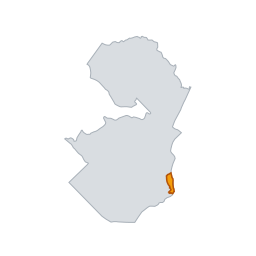 location of Sinazongwe, Southern, Zambia, rotated 316°
{"feature_id": "96606910B20600796740117", "entity_name": "Sinazongwe", "entity_type": "district", "adm_level": 2, "iso_a3": "ZMB", "parent_name": "Zambia", "parent_adm1": "Southern", "projection": "natural_earth1", "projection_center": [27.144, -17.456], "detail": "fine", "context": "in_parent", "style": "filled", "palette": "amber", "viewbox_px": 256, "rotation_deg": 316, "n_neighbors": 0, "source": "geoboundaries", "source_scale": "gbopen_adm2", "svg_char_len": 5431}
<svg xmlns="http://www.w3.org/2000/svg" viewBox="0 0 256 256"><g transform="rotate(316 128 128)"><path d="M163.1,168.5L154.0,168.5L150.6,169.3L147.9,170.6L144.7,172.6L142.8,174.0L142.3,174.8L142.0,176.5L142.0,179.1L141.7,181.0L140.7,182.7L135.7,184.8L132.5,186.6L129.4,188.6L127.0,191.2L125.3,194.5L122.6,198.5L116.9,205.7L113.6,207.0L110.9,206.7L107.5,205.2L104.9,204.9L103.0,205.8L101.1,205.6L99.5,204.0L98.1,203.5L97.0,203.9L95.5,203.8L92.9,203.0L90.6,200.5L89.4,199.4L88.4,199.0L85.7,198.6L79.5,198.0L73.0,199.3L67.3,200.6L61.5,194.9L55.8,188.8L54.6,187.3L52.5,185.3L51.0,184.3L50.4,183.8L48.9,178.4L48.0,173.5L47.7,126.1L73.3,126.1L74.9,125.9L75.0,125.4L73.8,122.8L73.9,121.9L74.2,120.2L75.3,116.8L75.4,115.6L74.8,111.9L74.9,109.8L75.2,105.6L75.0,104.2L75.6,102.3L75.8,101.0L76.0,100.5L75.7,99.0L75.2,94.0L74.9,91.9L76.4,92.2L76.9,93.3L77.2,94.4L77.9,94.5L79.7,95.1L80.4,96.1L80.8,98.1L80.6,99.1L80.0,99.9L80.6,100.7L81.8,101.2L82.5,101.0L84.5,99.6L86.4,99.1L87.4,98.8L91.7,97.9L92.5,97.4L93.1,97.4L93.5,97.8L93.1,99.2L93.0,100.5L93.5,102.9L93.9,104.0L94.8,104.8L95.4,105.2L96.2,106.1L97.6,105.9L100.9,107.1L101.9,107.7L103.2,108.2L104.2,108.5L107.5,108.9L111.1,109.6L112.9,109.6L114.2,109.5L115.1,109.1L115.7,108.7L115.9,108.4L117.3,103.9L117.9,103.5L118.8,103.3L119.3,103.7L119.9,106.5L122.4,109.1L123.3,111.3L123.9,113.1L124.5,113.7L125.5,114.3L127.0,114.5L128.4,114.6L135.3,117.7L136.0,118.3L136.9,120.0L137.4,121.9L137.9,123.4L138.8,123.7L139.6,123.8L140.4,124.9L141.0,125.8L143.0,129.5L143.3,131.0L144.3,132.0L145.6,132.4L146.8,132.4L147.5,132.0L149.3,131.2L150.7,130.3L151.7,130.0L152.3,130.2L152.7,130.8L153.0,132.7L154.0,133.3L154.7,133.1L155.0,132.3L155.0,132.0L155.0,112.5L154.4,112.6L153.6,113.2L151.8,113.3L151.1,113.7L150.9,114.3L151.0,115.1L151.0,116.2L150.8,116.7L150.0,116.9L148.8,116.5L146.7,115.9L145.0,115.6L143.7,114.1L142.0,111.9L140.9,110.8L138.3,108.5L137.8,108.1L137.0,107.0L136.3,105.2L135.6,103.1L135.3,101.7L135.9,99.7L137.5,92.9L137.9,90.8L139.2,88.7L139.3,86.8L138.7,84.3L138.9,83.0L139.1,75.2L138.7,72.8L137.8,70.1L135.9,66.3L135.9,65.5L138.9,63.1L139.8,62.2L141.3,60.2L142.4,58.5L143.1,57.1L143.3,55.4L142.8,53.7L143.8,53.4L168.3,49.0L168.7,50.2L169.4,52.1L170.3,53.5L171.3,54.7L172.2,55.5L172.8,55.7L176.6,55.6L178.0,56.4L179.1,57.3L179.4,58.8L180.2,59.7L181.0,60.5L181.4,60.6L182.0,60.4L183.0,60.4L184.0,60.7L184.4,61.0L184.5,62.2L184.7,62.8L186.0,63.0L187.3,63.1L188.6,63.9L189.9,64.1L191.5,64.4L192.2,65.3L193.9,66.3L195.9,67.1L198.2,68.5L198.2,68.9L198.6,69.7L199.0,70.3L199.0,71.1L199.2,71.9L199.8,72.1L200.3,72.1L200.7,71.6L201.3,71.6L202.0,72.0L202.2,72.9L202.7,74.1L203.5,74.9L204.1,75.7L203.9,77.2L203.5,78.6L204.7,79.9L206.1,81.1L206.5,81.7L206.6,83.6L206.8,84.2L207.8,85.8L208.3,86.8L208.3,87.4L205.6,90.5L203.9,91.0L203.2,91.6L202.8,92.3L203.8,95.3L204.4,96.5L203.9,98.0L202.8,100.5L202.3,100.7L202.2,102.6L202.6,103.2L203.1,103.8L203.3,105.1L203.2,108.2L202.5,111.8L203.7,115.0L204.1,115.3L205.8,115.3L206.1,115.6L205.7,116.5L204.5,117.9L202.4,118.9L199.3,120.1L198.7,121.3L198.3,122.9L198.6,123.9L199.0,124.4L198.9,125.9L198.6,127.4L198.7,128.6L198.5,129.7L198.1,130.2L197.6,131.8L196.9,133.4L196.4,134.1L195.6,134.9L194.4,135.5L194.4,135.8L195.8,136.6L196.1,137.1L196.3,137.4L195.7,138.3L196.3,138.7L197.1,139.2L197.8,140.2L198.6,142.2L198.8,142.4L199.0,142.5L199.5,142.3L200.3,141.4L200.9,141.1L201.6,142.3L188.9,147.3L185.9,148.3L181.4,150.1L180.0,150.7L178.8,151.4L166.9,155.2L165.1,156.0L160.9,158.0L160.7,158.3L160.8,159.2L161.1,161.1L161.9,162.8L162.5,163.8L162.9,166.3L163.1,168.5Z" fill="#d9dde1" stroke="#a8b0b8" stroke-width="1"/><path d="M117.5,198.9L117.4,198.9L117.4,199.0L117.2,199.1L117.0,199.3L116.9,199.4L117.0,199.4L117.0,199.6L116.9,199.6L116.8,199.8L116.7,200.1L116.7,200.3L116.4,200.6L116.4,200.8L116.4,201.0L116.3,201.5L116.0,202.4L112.7,202.4L112.7,202.5L112.8,202.6L112.9,202.8L113.0,202.8L113.0,203.0L113.0,203.3L113.0,203.5L112.9,203.6L113.0,203.7L112.9,203.8L112.9,204.0L113.0,204.0L112.9,204.0L113.0,204.1L113.2,204.3L113.3,204.4L113.5,204.4L113.8,204.4L113.8,204.5L113.8,204.8L114.0,204.9L114.0,205.0L114.2,205.3L114.2,205.5L114.2,205.8L114.3,205.8L114.4,206.1L114.5,206.2L114.8,206.2L115.0,206.1L115.3,206.1L115.5,206.0L115.7,205.9L115.8,205.9L116.0,205.9L116.3,205.8L116.5,205.8L116.5,205.7L116.8,205.6L117.2,205.7L117.8,204.8L118.7,203.7L118.6,203.2L118.9,202.8L120.1,201.1L120.8,200.2L121.0,199.9L121.2,199.7L121.3,199.5L121.4,199.4L121.5,199.4L121.7,199.1L122.0,198.9L122.3,198.6L122.4,198.4L122.6,198.3L122.8,198.1L123.1,197.8L123.2,197.7L123.3,197.6L123.5,197.5L123.6,197.4L123.8,197.2L124.0,197.0L124.1,196.9L124.3,196.7L125.1,195.6L125.2,194.3L125.2,194.2L126.0,193.0L127.2,191.0L127.4,190.5L127.7,190.1L127.1,189.9L126.2,189.8L125.6,189.7L125.4,189.7L125.2,189.6L125.0,189.4L124.9,189.4L124.7,189.3L124.7,189.2L124.4,189.1L124.5,189.1L124.4,189.1L124.2,189.1L123.9,189.0L123.7,189.2L123.4,189.2L123.3,189.3L123.2,189.3L123.0,189.2L122.9,189.2L122.7,189.2L122.7,189.3L122.4,189.3L122.2,189.3L121.9,189.8L121.6,190.1L121.3,190.5L121.2,190.6L121.0,190.9L120.9,190.9L120.7,191.1L120.6,191.3L120.3,191.6L120.2,191.7L120.2,191.8L120.0,192.0L119.8,192.3L119.7,192.4L119.6,192.6L119.4,192.8L119.1,193.2L118.4,194.6L118.1,195.4L118.1,195.5L118.0,195.8L117.9,196.0L117.6,196.9L117.6,197.1L117.6,197.3L117.6,197.6L117.6,197.9L117.6,198.0L117.6,198.3L117.6,198.6L117.6,198.8L117.5,198.9Z" fill="#f59e0b" stroke="#b45309" stroke-width="1.5"/></g></svg>